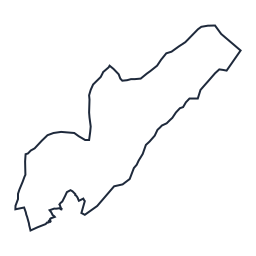 outline of Okehi, Kogi, Nigeria
{"feature_id": "59680162B48603200461333", "entity_name": "Okehi", "entity_type": "district", "adm_level": 2, "iso_a3": "NGA", "parent_name": "Nigeria", "parent_adm1": "Kogi", "projection": "equal_earth", "projection_center": [6.277, 7.727], "detail": "fine", "context": "isolated", "style": "outline", "palette": "slate", "viewbox_px": 256, "rotation_deg": 0, "n_neighbors": 0, "source": "geoboundaries", "source_scale": "gbopen_adm2", "svg_char_len": 1892}
<svg xmlns="http://www.w3.org/2000/svg" viewBox="0 0 256 256"><path d="M25.6,154.2L25.1,161.4L25.4,174.8L24.5,176.7L22.6,181.9L19.4,189.6L18.0,193.8L18.0,199.1L15.5,205.8L15.4,209.3L24.1,207.5L25.8,212.3L26.3,214.7L27.1,216.8L28.4,221.5L28.9,223.2L29.2,225.3L29.9,228.0L30.5,230.5L37.5,227.3L45.6,224.1L46.2,223.5L46.9,222.6L47.9,222.7L48.1,222.5L48.1,222.4L48.4,222.0L48.7,221.7L49.0,221.3L48.8,221.0L49.2,220.5L49.4,220.3L49.6,220.6L50.0,221.5L50.1,221.9L50.3,221.8L50.5,221.5L50.6,221.3L50.4,221.0L50.3,220.7L50.2,218.8L50.8,218.3L52.0,217.9L54.8,216.9L54.4,216.4L53.8,215.9L53.4,215.6L52.5,214.9L51.9,213.5L51.0,211.9L50.7,211.6L49.6,210.2L54.2,208.6L56.1,208.7L58.3,208.4L59.7,208.2L60.6,209.2L61.4,209.4L61.6,208.8L61.0,208.3L60.0,205.7L59.9,205.2L59.4,204.5L60.5,203.0L62.3,201.5L65.1,196.0L66.9,192.1L70.5,190.2L72.5,191.3L75.3,194.1L75.2,195.0L76.1,195.6L77.0,196.7L77.8,198.1L78.3,199.5L78.9,200.8L83.3,198.6L84.0,200.0L84.8,201.1L81.4,213.0L84.8,214.8L97.2,206.0L114.1,186.3L122.6,184.4L129.7,179.0L133.9,168.0L136.7,164.8L138.7,160.5L142.7,154.0L145.9,144.9L149.5,141.6L154.7,135.7L157.5,129.8L159.9,127.6L161.9,125.5L166.7,123.3L169.9,120.1L172.3,117.9L175.9,112.5L179.9,108.2L183.1,107.1L185.9,102.3L189.5,98.5L197.8,98.5L200.5,89.9L203.3,86.7L209.2,80.0L215.1,73.2L219.3,69.4L222.9,69.9L226.6,70.6L240.6,50.5L221.2,34.0L215.0,25.5L207.8,25.7L201.3,26.8L197.9,29.3L185.3,42.2L179.0,46.3L171.5,51.7L166.3,53.3L161.1,59.7L157.1,65.7L150.3,71.1L146.7,73.7L140.7,78.6L135.1,79.1L131.1,79.1L127.1,80.2L122.3,80.7L120.3,78.6L118.7,74.3L113.5,68.9L109.6,65.7L108.7,67.3L103.1,72.1L102.6,73.3L100.7,77.0L93.1,84.5L90.7,89.9L89.1,95.3L89.5,99.6L89.1,112.5L89.5,117.4L90.7,126.5L90.2,131.8L89.9,134.1L89.1,140.0L85.1,140.0L78.7,136.2L74.3,133.0L61.1,131.9L53.5,133.0L47.5,135.2L41.9,140.6L34.6,148.4L30.8,150.5L27.9,153.5L25.6,154.2Z" fill="none" stroke="#1e293b" stroke-width="2"/></svg>